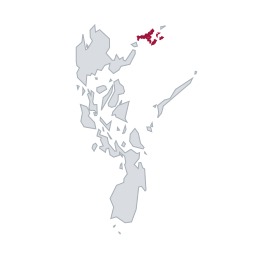 location of Sulu, Sulu, Philippines, rotated 187°
{"feature_id": "2640588B7308386302326", "entity_name": "Sulu", "entity_type": "district", "adm_level": 2, "iso_a3": "PHL", "parent_name": "Philippines", "parent_adm1": "Sulu", "projection": "natural_earth1", "projection_center": [120.931, 5.941], "detail": "fine", "context": "in_parent", "style": "filled", "palette": "rose", "viewbox_px": 256, "rotation_deg": 187, "n_neighbors": 0, "source": "geoboundaries", "source_scale": "gbopen_adm2", "svg_char_len": 8657}
<svg xmlns="http://www.w3.org/2000/svg" viewBox="0 0 256 256"><g transform="rotate(187 128 128)"><path d="M119.4,33.6L128.7,38.4L134.0,36.0L132.6,47.7L137.2,55.7L132.4,69.7L125.6,73.4L125.8,77.3L123.1,82.4L126.9,91.1L126.0,93.4L127.8,99.5L133.4,103.0L133.3,99.8L138.7,97.3L142.6,99.2L144.7,105.7L147.2,104.4L147.4,101.1L153.7,104.4L153.6,106.1L150.4,107.2L153.8,112.8L153.4,115.2L157.9,116.3L156.9,123.2L154.6,121.4L155.4,118.0L147.4,116.1L145.5,110.3L138.3,103.4L136.7,103.7L139.2,110.9L138.4,113.9L135.5,109.1L127.9,102.9L122.5,107.2L116.1,103.7L113.5,104.9L113.3,99.2L117.4,92.5L112.9,89.0L112.9,94.9L111.0,95.3L108.6,90.3L106.5,89.4L102.6,68.6L103.4,67.6L107.5,71.7L110.2,70.8L110.0,48.1L113.1,35.2L119.4,33.6ZM174.9,164.7L184.1,171.8L185.5,176.6L183.5,181.9L186.3,183.6L187.5,187.7L189.2,201.8L184.2,207.6L184.2,215.7L179.5,200.5L177.8,201.6L173.9,210.1L176.5,213.4L177.6,220.6L173.5,226.2L172.0,219.2L168.1,222.1L157.3,214.3L156.1,205.6L158.9,199.6L152.0,193.4L149.8,193.5L148.5,199.5L144.8,195.1L141.6,197.7L140.9,194.8L138.7,194.2L132.7,206.2L130.4,205.9L129.9,202.5L133.9,191.5L142.4,188.4L144.2,184.3L149.1,180.3L154.3,184.3L153.7,190.0L158.8,187.3L161.4,181.8L165.6,182.4L167.3,176.3L170.8,177.9L171.6,175.5L175.3,175.7L174.9,164.7ZM147.6,171.9L143.5,175.1L141.8,171.2L138.0,168.8L135.9,163.8L136.8,161.7L141.7,159.9L141.2,153.7L143.3,148.0L146.7,146.5L150.0,147.5L150.7,149.6L145.6,163.2L147.6,171.9ZM171.8,123.8L175.6,128.8L175.1,137.6L178.2,145.6L171.8,144.2L169.3,141.3L167.8,138.1L168.8,135.1L161.8,129.3L159.8,123.2L171.8,123.8ZM129.7,133.7L141.4,137.6L142.1,139.8L145.5,138.5L145.0,142.1L140.6,149.0L130.2,154.6L132.1,136.9L129.7,133.7ZM85.5,172.1L70.0,185.3L71.7,180.2L95.6,154.1L96.6,146.8L99.8,141.7L99.4,147.1L101.4,153.8L95.2,160.2L89.9,162.4L85.5,172.1ZM110.5,109.1L120.7,110.4L124.7,114.9L125.0,122.1L121.1,128.4L117.1,124.0L113.7,114.3L109.7,110.7L110.5,109.1ZM163.4,141.3L168.0,140.9L169.2,143.2L169.0,149.5L172.3,156.6L170.7,158.4L168.7,155.7L169.2,160.7L166.1,158.7L166.2,149.6L164.6,146.9L161.8,147.5L160.3,138.5L163.4,141.3ZM148.2,169.3L148.4,161.6L156.7,142.3L156.3,155.2L152.4,159.3L148.2,169.3ZM163.8,164.3L157.8,167.1L155.4,166.7L153.9,163.9L160.5,158.8L163.5,160.8L163.8,164.3ZM146.4,123.0L156.6,132.1L156.7,135.2L149.5,128.4L145.5,132.7L146.4,123.0ZM160.5,107.4L158.3,108.9L156.5,107.0L158.9,100.9L161.3,103.9L160.5,107.4ZM135.0,211.3L130.3,214.1L128.7,210.4L131.6,209.3L135.0,211.3ZM104.0,127.2L108.3,128.3L109.4,131.4L105.6,131.5L104.0,127.2ZM129.7,108.8L132.2,109.9L130.8,113.8L128.6,111.9L129.7,108.8ZM118.6,218.8L123.4,221.1L116.5,220.9L118.6,218.8ZM177.7,162.4L175.2,159.4L177.4,154.6L177.1,157.5L177.7,162.4ZM132.6,121.9L131.0,130.0L129.8,126.7L130.8,122.7L132.6,121.9ZM107.5,230.1L107.8,232.5L103.1,234.0L107.5,230.1ZM131.2,87.1L131.0,90.8L129.9,92.3L128.7,86.6L131.2,87.1ZM139.7,150.2L137.6,154.9L137.6,152.2L139.7,150.2ZM105.9,132.8L104.7,136.2L103.7,132.3L105.9,132.8ZM163.9,139.1L162.3,139.2L160.7,136.5L162.6,136.2L163.9,139.1ZM138.4,124.3L138.4,127.4L136.1,124.9L138.4,124.3ZM183.8,164.1L181.5,163.5L182.5,160.3L183.8,164.1ZM144.0,115.1L148.1,121.2L142.9,115.2L144.0,115.1ZM105.5,152.7L102.8,154.4L103.5,151.7L105.5,152.7ZM151.9,171.8L151.3,174.4L149.8,173.1L151.9,171.8ZM152.4,122.6L153.3,126.2L151.3,121.6L152.4,122.6ZM68.2,192.4L66.8,192.3L67.2,190.0L68.2,189.7L68.2,192.4ZM166.5,173.8L164.7,174.0L164.5,172.6L165.6,172.3L166.5,173.8ZM179.0,206.0L177.7,204.4L178.1,202.7L179.0,203.5L179.0,206.0ZM108.1,104.7L108.9,106.7L106.8,104.3L108.1,104.7ZM171.8,159.4L172.6,162.1L170.6,158.9L171.8,159.4ZM130.5,28.6L128.5,30.3L129.9,27.8L130.5,28.6ZM133.0,101.3L130.2,99.7L130.2,98.6L133.0,101.3ZM123.0,22.0L124.8,23.9L122.8,22.7L123.0,22.0Z" fill="#d9dde1" stroke="#a8b0b8" stroke-width="1"/><path d="M121.7,222.1L121.6,222.3L121.8,222.2L121.7,222.4L121.8,222.2L121.9,222.3L121.9,222.2L122.6,221.4L122.9,221.5L123.0,221.7L123.0,221.2L123.4,221.1L123.5,220.8L123.4,220.3L123.0,220.1L122.8,220.2L122.7,220.4L122.8,220.2L122.5,220.1L122.3,220.3L121.7,220.0L120.7,220.3L120.1,219.1L119.7,218.9L118.3,219.0L118.2,219.3L117.9,219.6L117.1,219.9L116.8,220.2L116.5,220.9L116.6,221.4L117.0,221.6L117.1,221.8L117.4,221.9L118.4,221.3L118.8,221.6L118.9,221.9L119.1,222.0L119.2,221.9L119.0,221.7L119.7,221.6L119.9,221.3L120.2,221.4L120.3,221.1L120.6,220.9L121.2,221.3L121.3,221.4L121.1,221.6L121.2,221.9L121.4,221.8L121.5,222.0L121.7,222.1ZM113.0,214.4L112.5,214.7L112.0,216.4L111.5,216.2L111.5,216.5L112.2,216.7L112.7,216.5L112.9,215.1L113.1,214.5L113.0,214.4ZM116.2,226.3L115.9,226.5L115.8,226.9L115.7,227.0L115.9,227.5L116.3,227.8L116.6,227.7L116.9,227.1L116.5,226.6L116.5,226.4L116.2,226.3ZM120.0,222.5L119.8,223.0L119.9,223.4L120.1,223.5L120.7,223.2L120.6,222.7L120.0,222.5ZM127.9,218.8L127.8,219.1L128.0,219.5L128.1,219.4L128.4,219.8L129.0,220.3L129.7,220.0L130.2,219.5L129.0,220.0L128.5,219.6L127.9,218.8ZM115.6,227.2L115.7,226.7L115.1,226.7L114.9,227.3L115.0,227.6L115.3,227.7L115.3,227.4L115.6,227.2ZM116.0,224.5L115.6,224.7L115.6,225.2L116.4,225.2L116.7,224.9L116.0,224.5ZM117.0,223.8L116.7,224.0L116.6,224.6L116.7,224.8L117.3,224.4L117.2,224.0L117.0,223.8ZM127.0,219.5L126.7,219.4L126.6,219.7L126.8,219.6L126.9,219.8L126.4,220.3L126.6,220.4L126.9,220.3L127.0,220.0L127.4,219.8L127.1,219.6L126.9,219.7L126.7,219.4L127.0,219.5ZM123.3,219.4L123.0,219.7L123.0,219.9L123.1,220.0L123.5,220.0L123.6,219.7L123.3,219.4ZM113.7,215.5L113.5,216.0L113.6,215.8L113.7,215.7L113.7,216.2L113.6,215.9L113.3,216.3L113.4,216.5L113.8,216.1L113.9,215.7L113.7,215.5ZM114.4,213.8L113.9,214.1L113.9,214.3L114.4,214.4L114.4,213.8ZM111.2,217.7L110.9,217.8L110.7,218.0L111.1,218.3L111.3,217.8L111.2,217.7ZM119.0,224.8L118.6,225.0L118.3,224.9L118.7,225.3L119.0,225.0L119.0,224.8ZM125.5,220.5L125.4,220.7L125.5,220.6L125.2,220.9L125.4,221.2L125.7,220.9L125.5,220.5ZM115.6,228.0L115.7,227.2L115.4,227.5L115.3,227.8L115.2,227.9L115.2,228.0L115.4,228.3L115.6,228.3L115.6,228.1L115.5,228.3L115.4,228.0L115.6,228.0ZM128.5,217.6L128.3,217.9L128.4,218.3L128.7,218.1L128.5,217.6ZM128.8,218.1L128.5,218.3L128.6,218.5L128.9,218.5L129.0,218.4L128.8,218.1ZM116.5,215.3L116.2,215.3L116.1,215.7L116.3,215.7L116.5,215.5L116.5,215.3ZM125.2,220.0L125.1,219.6L124.9,219.9L124.8,220.3L125.2,220.0ZM106.8,220.4L106.6,220.4L106.6,220.5L106.9,221.5L106.9,221.2L106.8,220.8L106.6,220.8L106.6,220.5L106.7,220.4L106.8,220.6L106.7,220.6L106.8,220.8L106.9,220.7L106.8,220.4ZM112.2,218.1L112.2,218.4L112.3,218.6L112.5,218.4L112.2,218.1ZM104.6,221.9L104.4,222.1L104.9,222.3L104.8,222.0L104.6,221.9ZM110.5,223.0L110.5,223.4L110.7,223.6L110.7,223.3L110.5,223.0ZM117.7,217.2L117.6,217.4L117.7,217.7L117.7,217.4L117.9,217.4L117.9,217.6L118.0,217.6L118.0,217.4L117.7,217.2ZM105.5,221.9L105.5,222.0L105.4,222.1L105.5,222.0L105.0,222.3L105.5,222.2L105.5,221.9L105.6,222.0L105.5,221.9ZM118.3,224.2L118.0,224.1L118.1,224.4L118.3,224.4L118.3,224.2ZM123.9,219.1L123.7,219.2L123.8,219.5L124.0,219.3L123.9,219.1ZM105.4,221.2L105.1,221.3L105.1,221.5L105.4,221.4L105.4,221.2ZM128.7,216.7L128.7,216.9L128.8,217.1L128.9,216.8L128.7,216.7ZM117.2,217.6L116.8,217.9L116.7,218.0L116.9,217.9L117.0,217.9L117.2,217.7L117.3,217.7L117.2,217.6ZM120.8,222.9L120.9,223.1L121.2,223.0L121.0,222.9L121.0,223.0L120.8,222.9ZM118.0,224.7L118.1,225.0L118.3,225.1L118.0,224.7ZM114.6,227.8L114.6,228.0L114.6,227.9L114.7,228.0L114.8,228.5L114.8,228.2L114.6,227.8ZM120.9,222.3L121.0,222.6L120.9,222.3ZM119.3,222.3L119.2,222.4L119.2,222.5L119.1,222.4L119.2,222.6L119.3,222.4L119.3,222.3ZM108.9,225.7L108.8,225.8L109.0,225.8L108.9,225.7ZM106.9,220.7L106.8,220.8L106.8,221.0L106.8,220.9L106.9,221.0L106.9,220.7ZM127.1,219.1L127.3,219.4L127.1,219.1ZM106.3,221.8L106.2,221.8L106.3,221.9L106.2,221.8L106.3,221.8L106.3,222.1L106.3,221.8ZM116.3,217.0L116.2,217.1L116.3,217.2L116.3,217.0ZM110.7,223.8L110.6,224.0L110.7,223.8ZM122.3,219.7L122.2,219.8L122.1,220.0L122.3,219.9L122.3,219.7ZM115.3,227.7L115.1,227.7L115.2,227.9L115.3,227.7ZM118.8,217.2L118.6,217.2L118.8,217.4L118.8,217.2ZM126.6,218.9L126.5,219.0L126.6,218.9ZM111.8,218.6L111.9,218.8L111.9,218.7L111.8,218.6ZM105.0,221.8L104.9,221.9L104.9,222.0L105.0,222.2L105.0,221.8ZM116.6,226.2L116.3,226.1L116.3,226.3L116.6,226.2ZM121.6,218.9L121.5,219.1L121.6,218.9ZM116.8,218.3L117.0,218.4L116.8,218.3ZM126.6,219.9L126.5,220.1L126.6,219.9ZM111.6,219.4L111.5,219.5L111.6,219.4ZM117.8,217.6L117.7,217.5L117.8,217.5L117.7,217.5L117.8,217.6ZM111.5,218.0L111.4,218.2L111.5,218.2L111.5,218.0ZM105.5,221.7L105.4,221.5L105.5,221.7ZM118.5,222.6L118.4,222.6L118.5,222.7L118.5,222.6ZM122.9,220.1L122.7,220.1L122.8,220.1L122.9,220.1ZM124.8,219.6L124.7,219.5L124.8,219.6ZM110.5,224.4L110.6,224.1L110.4,224.4L110.5,224.4Z" fill="#f43f5e" stroke="#9f1239" stroke-width="1.5"/></g></svg>